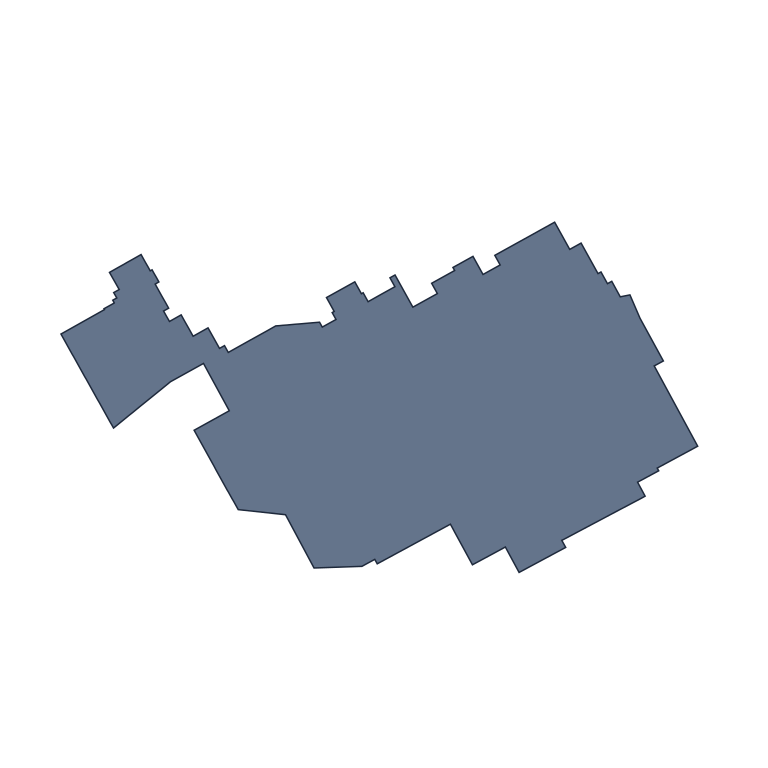 outline of Sandstone, Western Australia, Australia, rotated 61°
{"feature_id": "25037944B59235958721533", "entity_name": "Sandstone", "entity_type": "district", "adm_level": 2, "iso_a3": "AUS", "parent_name": "Australia", "parent_adm1": "Western Australia", "projection": "albers", "projection_center": [118.667, -28.422], "detail": "fine", "context": "isolated", "style": "filled", "palette": "slate", "viewbox_px": 768, "rotation_deg": 61, "n_neighbors": 0, "source": "geoboundaries", "source_scale": "gbopen_adm2", "svg_char_len": 2978}
<svg xmlns="http://www.w3.org/2000/svg" viewBox="0 0 768 768"><g transform="rotate(61 384 384)"><path d="M315.5,244.3L315.5,267.2L319.0,267.2L319.0,293.5L323.6,293.5L330.8,293.5L330.8,312.7L330.8,321.5L294.0,321.5L294.0,327.3L304.2,327.3L304.2,334.3L304.2,341.0L304.2,342.8L304.3,358.0L294.1,358.0L294.1,360.0L280.5,360.0L280.5,366.1L280.5,392.4L296.4,392.4L296.4,394.7L304.3,394.7L304.3,410.4L298.7,410.4L296.5,415.3L295.7,417.1L292.3,424.7L290.8,428.1L288.4,433.3L285.4,440.2L283.4,444.5L282.3,447.1L280.7,450.5L280.8,460.0L280.8,469.5L280.8,481.7L280.8,483.6L280.9,504.9L273.1,504.9L273.1,510.6L249.6,510.7L249.7,527.8L246.0,527.8L240.9,527.8L233.0,527.9L225.2,527.9L225.3,541.3L219.0,541.4L213.3,541.4L213.3,535.6L207.0,535.6L199.2,535.7L192.9,535.7L185.7,535.7L185.6,531.4L180.8,531.4L180.2,531.4L175.9,531.5L171.7,531.5L171.7,533.6L166.9,533.6L162.0,533.7L157.8,533.7L153.0,533.7L153.1,544.7L153.1,549.5L153.2,554.2L153.2,559.6L153.3,570.0L173.0,569.8L173.0,576.1L179.2,576.0L179.2,580.6L182.3,580.6L182.4,580.8L182.4,582.4L182.4,585.5L182.4,587.1L182.4,590.2L182.4,592.4L183.4,592.4L183.7,642.3L186.6,642.3L188.5,642.3L190.4,642.3L193.3,642.3L196.2,642.3L198.1,642.3L201.0,642.3L202.9,642.3L206.7,642.3L209.6,642.2L211.5,642.2L214.4,642.2L216.3,642.2L218.3,642.2L221.1,642.2L223.1,642.2L225.9,642.2L227.9,642.2L230.7,642.2L232.7,642.2L235.5,642.1L237.5,642.1L240.3,642.1L243.2,642.1L245.2,642.1L248.0,642.1L250.0,642.1L253.8,642.1L256.7,642.1L258.6,642.1L262.5,642.0L266.3,642.0L270.2,642.0L274.0,642.0L277.9,642.0L281.8,642.0L284.6,642.0L288.5,641.9L291.4,641.9L290.7,637.9L289.2,629.6L287.8,622.0L287.1,617.6L285.4,608.5L284.1,601.0L282.8,593.6L280.7,581.7L278.7,570.7L278.5,569.7L278.5,549.9L278.5,544.5L278.5,536.4L278.5,531.9L289.1,532.0L332.4,532.3L332.4,558.5L332.4,572.5L335.0,572.5L339.5,572.5L341.2,572.5L343.0,572.5L345.7,572.5L347.4,572.5L348.3,572.5L350.1,572.5L351.8,572.5L354.5,572.5L358.9,572.5L361.6,572.5L363.4,572.5L366.9,572.5L367.8,572.5L369.5,572.5L371.3,572.5L374.0,572.5L377.5,572.6L381.0,572.6L382.8,572.6L386.4,572.6L390.8,572.6L396.3,572.6L400.0,572.6L401.0,572.6L402.8,572.5L406.6,572.5L408.5,572.5L409.4,572.5L410.3,572.5L414.1,572.4L416.9,572.4L423.2,572.4L450.6,533.5L511.0,534.4L532.8,491.7L532.8,487.7L532.9,477.1L538.0,477.1L538.8,393.9L542.7,393.9L547.5,394.0L574.3,394.2L585.0,394.3L585.0,393.8L585.3,370.5L585.4,356.9L614.3,357.2L615.0,304.3L614.8,304.3L611.6,304.3L610.1,304.3L606.9,304.3L607.0,303.3L608.2,238.3L608.7,215.1L608.7,210.0L592.8,209.8L593.1,185.8L590.0,185.8L590.5,139.8L499.2,138.9L499.3,128.5L450.6,128.2L425.3,125.7L423.4,131.6L422.3,135.1L404.6,135.0L404.6,139.9L391.2,139.9L391.2,141.4L391.2,142.9L391.2,143.3L389.6,143.3L380.7,143.3L372.2,143.3L371.3,143.3L370.4,143.3L367.9,143.3L366.2,143.3L363.6,143.3L361.0,143.3L356.7,143.3L356.3,143.3L356.3,156.3L325.2,156.3L325.2,166.7L325.2,171.4L325.2,194.4L325.2,224.7L336.2,224.7L336.2,244.3L315.5,244.3Z" fill="#64748b" stroke="#1e293b" stroke-width="1.5"/></g></svg>